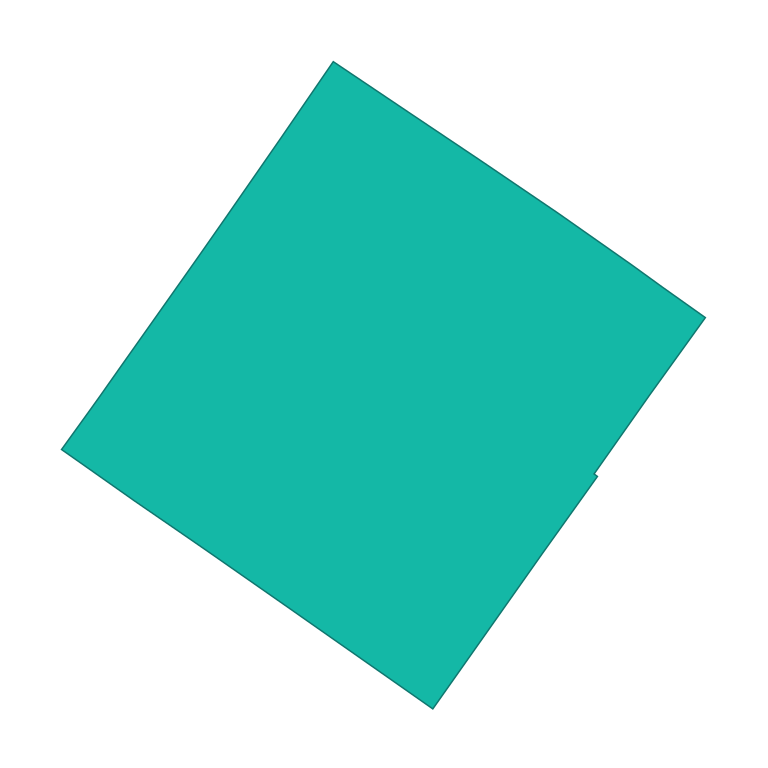 outline of Oakland, Michigan, United States of America, rotated 127°
{"feature_id": "52423323B71844915805023", "entity_name": "Oakland", "entity_type": "district", "adm_level": 2, "iso_a3": "USA", "parent_name": "United States of America", "parent_adm1": "Michigan", "projection": "natural_earth1", "projection_center": [-83.368, 42.66], "detail": "fine", "context": "isolated", "style": "filled", "palette": "teal", "viewbox_px": 768, "rotation_deg": 127, "n_neighbors": 0, "source": "geoboundaries", "source_scale": "gbopen_adm2", "svg_char_len": 531}
<svg xmlns="http://www.w3.org/2000/svg" viewBox="0 0 768 768"><g transform="rotate(127 384 384)"><path d="M139.8,257.5L142.8,347.4L147.3,439.0L152.2,527.8L157.1,618.5L249.0,614.4L345.2,610.6L392.6,608.9L398.8,608.7L440.4,607.4L532.6,604.6L535.0,604.5L550.9,604.0L562.4,603.6L574.6,603.3L582.6,603.1L630.4,602.1L629.4,572.2L627.5,512.2L624.9,452.5L623.6,420.5L620.3,330.0L614.1,149.5L424.1,155.5L329.4,157.9L329.4,162.1L233.7,165.2L137.6,167.3L139.1,220.2L139.8,257.5Z" fill="#14b8a6" stroke="#0f766e" stroke-width="1.5"/></g></svg>